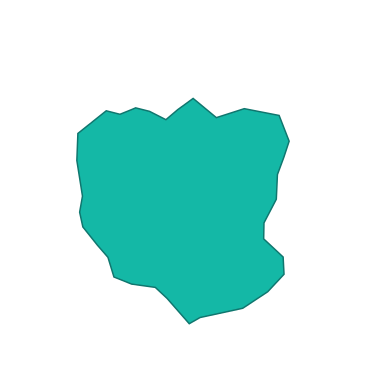 outline of Suwon-si, Gyeonggi, South Korea, rotated 43°
{"feature_id": "91817680B43312282385471", "entity_name": "Suwon-si", "entity_type": "district", "adm_level": 2, "iso_a3": "KOR", "parent_name": "South Korea", "parent_adm1": "Gyeonggi", "projection": "robinson", "projection_center": [127.011, 37.279], "detail": "fine", "context": "isolated", "style": "filled", "palette": "teal", "viewbox_px": 384, "rotation_deg": 43, "n_neighbors": 0, "source": "geoboundaries", "source_scale": "gbopen_adm2", "svg_char_len": 580}
<svg xmlns="http://www.w3.org/2000/svg" viewBox="0 0 384 384"><g transform="rotate(43 192 192)"><path d="M203.5,76.6L173.4,95.4L159.1,121.0L129.0,122.8L125.4,141.5L123.6,156.9L105.9,162.0L93.4,168.9L91.3,173.6L86.3,184.3L73.9,191.1L68.6,227.0L86.3,247.5L114.7,269.7L123.6,283.4L136.0,292.0L159.1,295.4L175.1,297.1L192.9,307.4L210.7,300.5L230.2,286.8L246.2,286.8L279.8,290.2L283.5,278.3L308.4,242.4L315.4,213.3L315.4,189.4L303.0,177.4L276.4,177.4L265.7,165.5L258.6,139.8L242.6,121.0L235.5,104.0L228.4,88.6L203.5,76.6Z" fill="#14b8a6" stroke="#0f766e" stroke-width="1.5"/></g></svg>